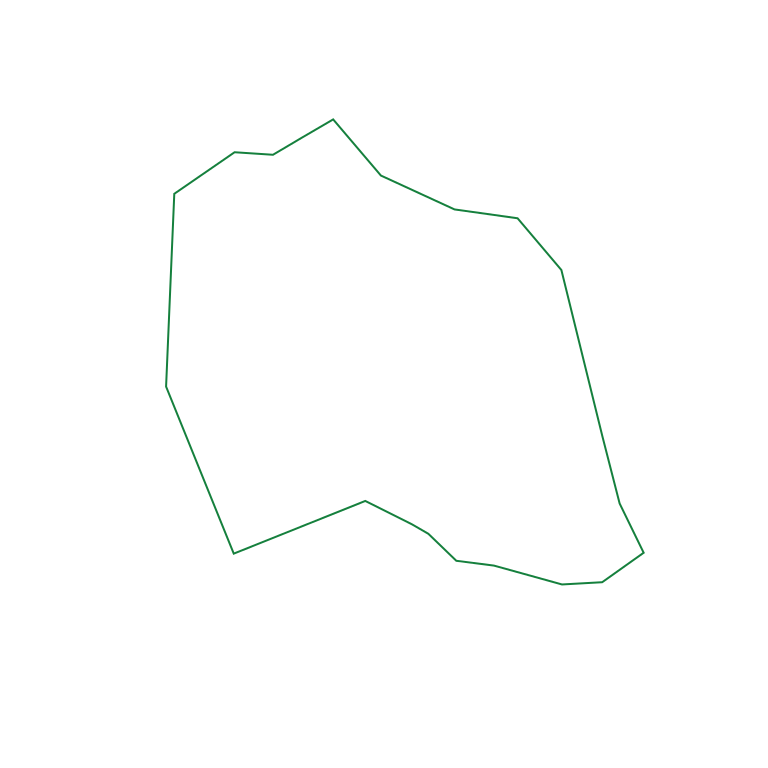 map outline of Fria (Mercator projection), rotated 244°
{"feature_id": "GIN-5638", "entity_name": "Fria", "entity_type": "Prefecture", "adm_level": 1, "iso_a3": "GIN", "parent_name": "Guinea", "parent_adm1": "", "projection": "mercator", "projection_center": [-13.527, 10.477], "detail": "fine", "context": "isolated", "style": "outline", "palette": "green", "viewbox_px": 768, "rotation_deg": 244, "n_neighbors": 0, "source": "natural_earth", "source_scale": "10m", "svg_char_len": 430}
<svg xmlns="http://www.w3.org/2000/svg" viewBox="0 0 768 768"><g transform="rotate(244 384 384)"><path d="M297.4,174.6L477.2,187.0L646.9,278.9L657.8,351.3L638.7,384.7L641.4,418.1L644.1,454.3L572.7,472.6L510.0,523.9L474.4,576.7L408.7,593.4L241.0,557.3L173.3,543.4L118.5,543.4L110.2,493.2L125.8,456.1L172.6,403.2L193.4,371.5L229.9,358.2L245.5,347.7L287.1,315.9L297.4,174.6Z" fill="none" stroke="#15803d" stroke-width="2"/></g></svg>